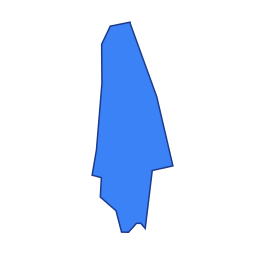 the Unitary Authority (wales) of Merthyr Tydfil, rotated 202°
{"feature_id": "GBR-2114", "entity_name": "Merthyr Tydfil", "entity_type": "Unitary Authority (wales)", "adm_level": 1, "iso_a3": "GBR", "parent_name": "United Kingdom", "parent_adm1": "", "projection": "albers", "projection_center": [-3.362, 51.738], "detail": "fine", "context": "isolated", "style": "filled", "palette": "blue", "viewbox_px": 256, "rotation_deg": 202, "n_neighbors": 0, "source": "natural_earth", "source_scale": "10m", "svg_char_len": 380}
<svg xmlns="http://www.w3.org/2000/svg" viewBox="0 0 256 256"><g transform="rotate(202 128 128)"><path d="M143.6,70.8L149.0,95.7L168.9,159.7L183.8,195.8L182.6,215.8L165.7,226.9L165.2,225.8L113.1,167.8L72.2,109.7L89.6,97.7L74.4,41.3L80.4,44.4L84.4,42.8L88.5,31.5L95.0,29.1L108.1,46.8L127.8,53.6L134.1,72.0L143.6,70.8Z" fill="#3b82f6" stroke="#1e3a8a" stroke-width="1.5"/></g></svg>